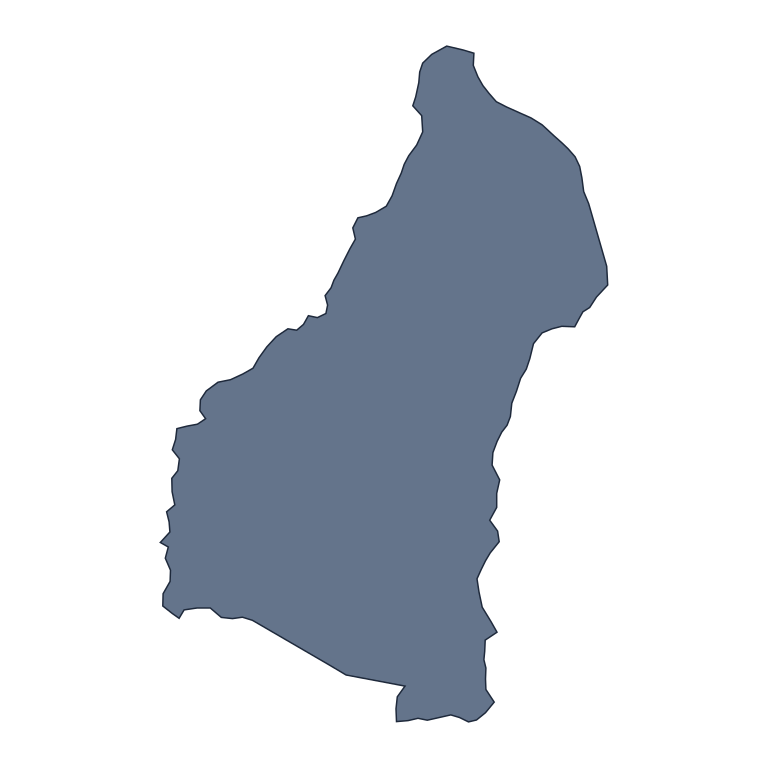 the district of Tanquinho, Bahia, Brazil
{"feature_id": "56859067B21110119970991", "entity_name": "Tanquinho", "entity_type": "district", "adm_level": 2, "iso_a3": "BRA", "parent_name": "Brazil", "parent_adm1": "Bahia", "projection": "albers", "projection_center": [-39.095, -11.948], "detail": "fine", "context": "isolated", "style": "filled", "palette": "slate", "viewbox_px": 768, "rotation_deg": 0, "n_neighbors": 0, "source": "geoboundaries", "source_scale": "gbopen_adm2", "svg_char_len": 1944}
<svg xmlns="http://www.w3.org/2000/svg" viewBox="0 0 768 768"><path d="M171.8,478.3L172.1,491.7L174.8,504.9L166.6,511.8L169.1,521.9L169.9,532.0L160.3,542.5L168.3,547.0L165.3,558.2L170.5,570.2L170.1,581.4L163.1,593.7L162.8,606.0L172.3,613.5L179.1,618.3L184.1,609.9L197.0,608.0L210.3,608.0L221.3,617.4L232.5,618.6L242.4,617.2L252.4,620.3L329.3,665.0L346.1,675.0L405.0,686.1L397.3,696.8L396.0,708.8L396.5,721.6L408.1,720.6L418.0,718.3L427.3,720.2L439.3,717.5L450.8,714.9L459.5,717.5L468.5,721.9L476.5,720.0L485.5,712.7L494.2,702.1L485.9,689.5L485.5,678.9L485.9,668.0L483.9,659.7L484.7,651.5L485.2,640.1L497.0,632.2L491.0,621.6L482.2,607.2L479.0,592.0L477.0,578.8L481.4,569.1L485.5,560.8L490.2,552.9L499.2,541.7L497.6,531.1L489.7,520.2L496.7,507.4L496.7,493.4L499.7,479.9L492.1,465.1L492.9,452.6L497.1,441.4L501.7,432.2L507.1,425.2L510.4,416.5L511.8,403.2L516.4,391.4L520.6,378.3L526.3,369.1L529.8,358.7L533.5,343.7L542.1,332.9L552.0,328.8L561.8,326.3L574.7,326.8L579.0,318.8L582.9,311.8L589.7,307.5L596.5,297.0L607.7,285.0L606.7,266.3L588.7,203.7L583.7,191.6L581.9,177.9L579.7,166.5L575.1,156.8L568.2,148.9L562.4,143.3L554.2,136.0L542.2,124.9L531.0,117.9L519.5,112.8L506.6,107.0L496.3,101.7L489.1,93.5L482.9,85.6L477.9,76.8L473.3,65.4L473.9,53.2L463.2,50.0L446.7,46.1L431.7,54.4L422.7,63.1L419.7,72.0L418.8,82.6L415.7,96.9L412.8,105.8L421.7,115.7L422.7,131.9L416.7,145.0L408.8,155.6L404.2,164.3L401.3,173.0L396.5,183.5L392.1,195.8L386.3,206.2L375.6,212.5L366.4,215.9L357.9,217.8L352.8,227.9L355.4,239.1L349.9,248.8L343.7,261.0L337.9,273.2L333.9,280.2L331.1,287.7L325.1,295.6L327.6,305.1L325.9,313.5L317.4,317.6L308.4,315.7L303.5,324.4L296.7,330.2L287.9,328.8L276.2,336.7L266.8,346.9L259.0,357.7L253.0,368.2L242.8,374.0L230.5,379.7L218.0,382.2L206.3,390.9L200.4,399.8L199.9,410.7L205.6,418.7L197.4,424.2L187.1,426.1L176.9,428.6L175.6,439.5L172.3,449.8L179.4,458.8L177.8,470.7L171.8,478.3Z" fill="#64748b" stroke="#1e293b" stroke-width="1.5"/></svg>